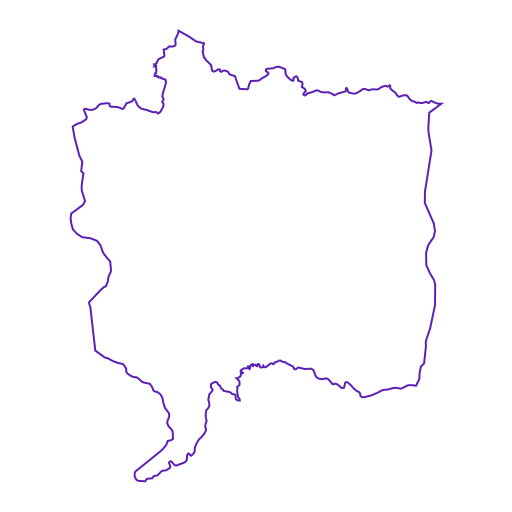 the district of Lamarm, Xékong, Laos
{"feature_id": "54806243B71027577228634", "entity_name": "Lamarm", "entity_type": "district", "adm_level": 2, "iso_a3": "LAO", "parent_name": "Laos", "parent_adm1": "Xékong", "projection": "orthographic", "projection_center": [106.782, 15.39], "detail": "fine", "context": "isolated", "style": "outline", "palette": "violet", "viewbox_px": 512, "rotation_deg": 0, "n_neighbors": 0, "source": "geoboundaries", "source_scale": "gbopen_adm2", "svg_char_len": 5927}
<svg xmlns="http://www.w3.org/2000/svg" viewBox="0 0 512 512"><path d="M441.4,103.7L437.8,103.6L435.7,103.0L431.2,100.9L430.1,101.4L428.8,103.0L428.2,103.0L426.8,102.1L426.0,101.9L421.6,103.2L418.6,102.5L416.5,102.9L415.4,102.0L411.8,100.9L409.3,98.7L407.6,96.1L406.1,95.2L403.1,95.4L399.3,96.8L398.7,96.7L396.7,95.0L396.4,94.1L395.4,92.8L390.7,89.0L390.2,88.0L390.2,85.7L389.6,85.3L387.6,86.7L385.9,85.8L384.7,85.9L381.0,87.3L378.6,89.1L376.9,89.5L372.1,89.3L368.9,90.3L365.0,89.0L363.3,88.9L360.2,91.0L356.5,93.1L354.8,93.6L353.3,93.6L348.8,92.5L348.1,91.6L347.1,88.5L346.5,88.0L345.9,88.5L345.9,90.7L345.3,91.5L339.1,93.1L334.2,95.3L333.6,95.1L332.7,94.1L328.1,92.2L324.9,92.5L321.5,92.1L317.4,90.3L315.9,90.5L312.1,92.2L308.1,93.2L305.4,95.3L304.3,95.4L303.6,94.8L303.4,93.9L303.8,93.1L305.5,91.7L305.7,90.7L304.6,88.7L301.9,87.0L302.6,83.8L302.2,82.4L301.7,82.0L298.2,80.7L297.7,77.8L296.6,76.4L295.5,76.5L293.5,77.9L293.5,80.5L293.2,80.8L292.0,80.6L290.5,79.7L288.3,77.8L286.1,75.1L285.5,73.4L285.4,69.9L285.2,69.2L279.3,66.8L276.0,66.9L273.6,68.2L266.6,68.9L265.9,69.6L265.9,71.2L268.0,72.6L268.5,73.3L268.2,74.1L266.3,75.9L261.6,78.5L259.7,80.1L258.1,80.7L250.9,81.0L249.1,84.4L248.1,88.7L247.3,89.3L239.4,88.8L234.9,76.1L229.9,74.5L229.1,73.8L228.1,71.8L224.9,70.5L222.7,70.8L221.6,71.8L220.9,71.7L220.0,71.1L219.9,69.5L218.2,69.3L215.8,70.9L213.8,71.6L213.0,71.4L211.9,70.2L211.8,68.2L210.9,64.9L205.7,59.8L205.0,58.2L204.0,57.8L202.6,51.4L203.3,50.4L203.0,46.4L203.4,44.9L204.0,44.2L203.9,43.2L196.3,41.5L189.0,36.6L178.5,30.7L178.1,33.4L175.2,39.6L175.6,44.3L175.4,45.3L174.4,46.0L172.5,46.6L169.2,46.4L166.4,49.0L163.7,49.5L164.4,55.9L164.1,56.5L158.9,59.0L158.1,59.8L156.5,63.3L155.7,63.6L155.5,64.2L154.2,64.4L154.8,65.2L154.2,66.3L156.1,66.0L155.9,67.7L156.4,68.8L156.1,69.7L156.5,70.7L156.4,71.5L155.7,72.3L156.1,73.0L155.0,73.7L154.6,76.0L156.9,76.0L157.4,76.8L158.1,76.5L158.6,77.4L159.9,77.3L160.4,77.8L161.1,77.5L162.6,78.9L163.9,78.9L164.7,79.5L165.5,79.6L166.1,82.1L164.6,87.8L163.4,91.3L162.3,96.3L163.6,99.2L163.3,100.2L162.5,101.2L162.2,102.1L163.4,103.3L163.6,104.6L163.0,107.0L160.7,111.4L159.0,113.1L158.0,113.5L156.5,112.1L152.9,112.2L146.8,110.0L141.4,108.7L139.0,106.9L137.5,105.2L135.6,100.9L134.2,98.6L133.5,98.9L132.2,101.3L126.4,103.4L123.6,108.5L122.4,109.0L119.9,107.8L117.0,107.0L111.0,106.7L109.8,106.1L109.4,103.6L106.7,103.2L100.8,103.9L99.2,104.8L96.1,108.2L94.1,109.3L92.2,109.9L89.8,109.9L85.3,108.8L84.2,109.1L84.0,110.3L86.7,116.8L86.6,118.4L86.0,119.4L81.3,122.5L77.3,123.8L72.7,126.5L74.5,137.4L79.4,155.8L82.3,161.6L81.2,171.2L83.4,173.4L81.7,185.5L81.7,190.2L85.0,201.1L83.1,204.8L71.3,213.5L70.6,218.1L71.2,223.1L72.9,229.4L77.0,233.8L82.2,237.2L90.2,238.2L97.0,240.8L100.4,245.2L103.1,252.8L106.8,257.7L110.2,261.5L111.0,270.0L110.6,272.1L108.5,276.8L107.7,281.9L105.9,286.2L103.8,287.2L100.5,290.1L89.1,302.3L89.0,302.9L90.4,307.6L95.3,350.6L104.6,357.4L108.1,358.4L112.3,360.8L116.8,362.6L122.8,364.0L123.9,365.0L126.2,368.7L126.2,371.8L127.7,373.7L131.0,375.9L133.6,377.1L136.2,377.2L137.8,378.0L142.1,381.8L144.6,382.7L149.8,383.8L152.2,387.2L153.5,390.5L154.4,391.3L157.4,392.1L159.8,393.8L161.7,396.3L162.6,398.6L163.3,402.8L165.0,408.0L169.0,413.3L169.2,416.5L167.2,421.8L167.4,423.5L168.6,426.4L171.5,429.4L172.4,430.9L172.8,433.1L173.0,439.0L170.8,440.3L167.8,440.9L166.2,445.0L163.2,448.7L160.0,451.7L135.5,471.4L134.7,473.0L134.6,476.3L136.1,479.4L138.0,480.8L145.2,481.3L146.3,479.5L147.2,478.8L152.2,478.3L153.8,476.1L156.8,475.6L157.9,475.0L160.8,471.9L162.4,470.7L165.8,470.4L169.6,468.2L170.1,467.4L170.2,466.0L169.0,462.8L169.3,462.0L170.3,461.4L171.0,461.3L171.7,461.8L174.1,464.6L175.2,465.4L176.3,465.5L184.0,462.7L186.1,461.2L186.9,459.5L187.0,456.0L187.5,454.3L188.7,453.4L190.4,455.5L191.1,455.7L193.4,453.7L194.6,451.6L194.8,448.5L195.4,446.0L197.4,441.8L199.2,439.2L202.0,436.7L202.5,435.6L203.8,434.5L206.0,430.5L206.0,429.0L205.2,426.3L205.5,424.2L206.6,421.0L205.7,416.8L205.9,411.6L206.4,410.3L208.4,407.8L209.3,405.9L209.3,403.5L208.3,399.8L209.3,394.6L209.5,394.0L210.6,393.1L212.5,390.5L212.5,389.5L210.8,386.8L211.0,384.3L212.2,383.3L215.1,381.9L216.4,382.1L217.3,382.8L218.1,384.5L219.9,385.6L221.2,388.6L222.8,389.5L223.7,390.9L229.9,392.1L231.0,392.8L232.1,394.1L235.0,394.5L235.4,395.0L235.9,399.1L237.1,400.2L238.9,400.6L239.8,400.5L239.6,399.1L238.0,396.8L237.1,391.1L237.5,387.9L237.2,386.8L239.5,384.9L239.5,381.5L238.7,380.3L236.6,378.3L237.7,378.2L240.3,376.4L240.8,375.5L240.8,373.0L242.8,373.3L243.0,372.9L242.7,372.6L240.6,371.2L240.8,370.4L243.6,368.4L247.4,368.2L248.1,366.4L248.7,366.8L248.6,368.4L249.5,369.1L249.9,368.5L250.2,365.7L252.4,364.0L252.8,364.2L252.6,366.0L252.9,366.2L253.8,365.1L255.0,364.6L255.7,364.8L256.2,365.8L257.1,366.2L257.7,364.5L258.5,364.0L259.1,364.3L260.2,367.3L261.9,367.5L262.6,367.2L263.3,365.7L264.2,367.1L264.9,367.3L266.3,366.9L270.6,363.4L272.2,363.4L273.1,364.2L273.7,364.1L274.8,362.5L277.8,361.4L278.7,360.7L280.4,360.5L282.8,361.9L285.8,362.4L286.4,363.2L292.6,366.3L293.6,367.4L294.0,368.6L294.8,369.3L296.2,369.1L297.9,367.6L298.9,367.6L304.6,369.0L311.1,368.7L313.2,369.9L314.4,372.3L315.4,375.5L316.6,377.3L319.0,378.7L322.3,379.2L324.8,378.5L327.0,378.5L328.8,379.7L332.6,384.2L335.4,383.7L337.4,384.4L341.7,388.0L342.9,388.0L344.1,387.6L345.1,382.9L346.1,382.1L347.5,382.3L350.8,385.1L353.2,387.9L356.0,390.5L359.1,392.2L360.1,393.6L360.4,395.8L361.6,397.0L363.8,397.3L371.6,395.3L377.4,392.8L382.1,390.3L384.3,389.8L387.7,389.5L392.9,388.1L396.3,387.8L400.2,388.6L401.7,388.4L408.2,385.2L412.8,385.2L416.0,385.8L419.4,378.8L419.5,373.8L420.8,366.7L424.1,363.4L426.0,345.4L425.7,342.6L426.4,339.3L430.1,328.5L435.0,305.2L435.2,284.8L434.0,280.0L429.9,273.2L426.3,265.1L426.1,252.5L428.3,245.0L433.7,237.0L435.0,231.0L433.8,223.5L424.8,202.9L424.9,194.3L425.0,191.4L431.5,150.5L428.6,132.7L428.3,128.5L429.2,112.7L441.4,103.7Z" fill="none" stroke="#5b21b6" stroke-width="2"/></svg>